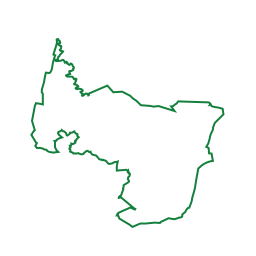 Minatitlán, Colima, Mexico (Equal Earth projection), rotated 81°
{"feature_id": "50627088B87770668885129", "entity_name": "Minatitlán", "entity_type": "district", "adm_level": 2, "iso_a3": "MEX", "parent_name": "Mexico", "parent_adm1": "Colima", "projection": "equal_earth", "projection_center": [-104.083, 19.372], "detail": "fine", "context": "isolated", "style": "outline", "palette": "green", "viewbox_px": 256, "rotation_deg": 81, "n_neighbors": 0, "source": "geoboundaries", "source_scale": "gbopen_adm2", "svg_char_len": 5763}
<svg xmlns="http://www.w3.org/2000/svg" viewBox="0 0 256 256"><g transform="rotate(81 128 128)"><path d="M216.3,79.9L210.1,76.5L207.6,75.7L198.4,71.5L188.9,68.4L179.0,64.9L176.5,61.0L175.3,58.4L174.4,55.6L173.8,52.0L173.8,49.3L166.3,49.5L165.7,51.9L160.3,51.5L158.9,53.6L155.7,51.0L154.0,50.3L151.8,49.2L148.1,47.8L145.9,46.5L143.9,45.0L143.0,44.6L142.1,44.1L141.0,44.0L136.6,41.5L129.4,31.6L123.8,31.5L123.1,33.2L122.8,33.6L122.5,34.4L122.1,35.2L121.5,36.9L121.0,38.7L119.6,41.8L119.0,42.3L117.9,42.5L117.8,42.8L117.9,43.5L117.1,42.8L116.5,43.1L115.5,44.1L115.2,44.9L109.6,74.2L110.2,75.0L111.1,75.7L111.8,77.0L112.2,78.0L113.1,79.4L113.4,80.3L113.5,81.0L113.4,82.0L118.5,79.4L111.1,94.4L110.9,99.4L109.7,102.5L107.5,111.7L102.6,115.3L99.6,118.5L96.5,120.8L91.2,128.1L90.4,136.9L82.9,141.8L87.8,161.0L88.0,161.2L89.0,161.4L89.5,161.7L89.6,161.9L89.6,162.1L88.6,162.1L88.4,162.3L88.3,162.7L88.0,162.7L87.8,162.8L87.7,163.1L87.4,164.4L87.9,165.2L88.0,165.7L88.4,166.1L88.9,166.9L89.1,167.5L89.0,168.2L88.8,168.4L88.2,168.0L87.9,168.0L87.7,167.8L87.6,167.4L87.4,167.3L87.2,167.3L86.8,168.0L86.3,168.4L85.3,169.3L85.0,169.3L84.9,169.3L84.8,169.1L84.8,168.5L84.7,168.0L84.5,167.4L84.3,167.0L83.8,166.9L83.6,167.0L83.3,167.1L83.2,167.4L82.8,167.5L82.5,167.9L82.3,168.4L82.1,168.5L81.8,169.4L81.7,169.7L81.7,170.0L81.4,170.5L81.6,172.0L81.5,172.9L81.4,173.0L80.6,173.5L80.4,173.4L80.1,173.0L80.0,172.7L79.7,172.3L79.6,171.6L79.2,170.7L78.4,171.0L77.6,171.7L77.2,172.3L76.7,173.5L76.7,173.8L76.6,174.1L76.4,174.3L76.0,174.3L75.8,173.8L75.6,173.7L75.0,173.0L74.5,172.9L73.4,172.1L72.5,172.4L72.2,172.3L72.1,172.0L72.2,171.5L71.7,171.3L71.1,171.9L71.0,172.5L71.0,173.1L71.1,173.8L70.7,173.9L69.5,174.5L68.8,174.7L68.4,176.0L67.9,178.9L67.7,179.9L67.1,180.6L66.8,180.9L66.4,180.9L66.2,180.7L66.0,180.0L66.0,179.5L65.7,178.7L65.7,177.2L65.6,176.7L64.6,176.9L64.2,177.2L63.2,177.2L62.7,177.1L62.6,176.9L62.8,175.9L62.8,175.0L62.7,174.9L62.7,174.6L62.5,174.3L62.3,173.8L62.3,173.5L62.3,173.3L62.1,173.0L61.4,172.8L60.8,172.9L60.4,172.2L60.0,172.0L59.1,172.2L58.6,172.7L58.4,172.8L57.4,173.0L56.4,173.3L55.8,173.8L55.6,174.0L55.4,174.5L55.9,174.8L56.2,175.2L56.5,176.1L56.0,176.3L55.8,176.5L55.2,177.6L55.0,177.8L54.8,177.5L54.3,177.6L54.1,177.8L53.1,178.2L53.0,178.3L53.0,178.5L53.3,178.8L53.6,179.5L53.6,180.2L53.3,180.3L52.6,180.2L51.0,181.0L50.6,181.4L50.5,181.9L50.8,182.9L51.0,183.5L51.0,184.6L50.9,186.7L50.7,188.4L50.6,188.6L50.4,188.9L49.4,188.9L49.3,188.6L49.4,188.0L49.3,187.6L49.3,186.5L49.1,186.5L48.6,186.5L46.7,185.6L46.6,184.9L46.0,184.3L45.1,183.9L43.7,181.9L43.2,181.5L42.4,180.2L42.2,180.1L41.9,180.6L41.6,181.5L41.1,182.7L40.9,182.9L40.5,183.1L40.4,183.1L40.1,183.1L39.7,182.3L38.8,181.7L36.8,181.1L36.6,181.2L36.5,181.7L36.2,182.2L35.9,182.4L35.6,183.1L34.9,183.6L34.4,183.7L33.6,183.4L33.6,183.2L33.7,182.3L33.7,181.9L33.1,181.6L32.9,181.6L32.6,181.8L31.6,181.7L31.2,182.3L29.2,183.2L29.3,184.5L29.7,184.7L30.5,184.6L30.1,184.3L33.9,185.3L43.8,190.2L44.8,188.5L45.2,188.8L51.4,191.8L58.2,194.1L60.2,195.4L61.2,196.5L61.4,197.0L60.5,200.4L64.0,201.9L69.9,203.9L75.1,206.4L76.4,207.0L79.0,207.6L81.2,206.7L82.0,207.0L91.4,208.4L90.4,210.9L89.1,215.0L91.8,216.6L93.2,217.1L102.4,220.4L105.9,221.7L115.7,220.4L116.1,221.3L117.5,222.7L118.2,223.3L119.1,223.9L119.7,224.5L128.7,220.8L128.8,220.5L131.2,222.3L133.5,221.1L133.7,219.9L133.8,218.2L135.1,215.2L135.5,214.8L136.3,213.7L136.3,213.4L136.8,211.9L138.2,211.2L139.5,209.1L140.1,207.0L140.6,205.8L140.7,200.6L139.0,202.0L135.6,203.1L130.2,202.3L129.3,202.6L129.3,200.7L128.5,200.3L127.5,197.9L127.0,194.6L123.9,197.3L123.4,197.3L123.0,197.7L122.5,197.9L121.4,197.7L121.2,197.5L120.1,193.9L119.7,193.7L121.1,192.6L121.3,191.7L123.4,189.9L125.0,189.9L125.9,189.3L126.0,189.1L125.7,188.7L125.0,187.0L124.6,186.5L123.5,185.9L123.6,185.5L123.8,185.0L123.8,183.8L123.6,183.1L123.1,182.2L123.0,181.5L123.5,181.5L125.2,180.5L125.7,179.4L126.0,179.0L126.4,178.9L126.8,178.9L127.2,179.2L127.8,179.4L128.0,179.3L129.4,178.1L131.3,181.0L132.2,181.2L132.2,181.7L132.4,182.3L132.6,182.4L133.3,182.2L133.5,182.2L133.8,182.5L134.3,182.4L134.8,183.2L134.8,183.6L135.2,184.6L135.2,185.0L134.7,185.9L134.5,186.4L135.3,186.4L136.3,186.9L136.3,188.2L137.1,188.2L137.4,187.9L138.3,187.8L138.8,188.6L139.0,189.1L139.8,189.0L140.4,188.4L141.1,188.3L141.8,188.4L142.1,188.9L142.3,188.9L143.8,186.3L144.5,186.1L144.7,185.8L144.7,184.4L145.1,183.9L145.1,180.9L145.5,180.6L146.0,179.5L146.4,179.1L146.6,177.9L146.8,177.2L146.7,176.2L146.0,175.7L145.9,175.2L144.6,173.5L144.4,172.5L144.1,172.0L144.9,170.6L145.1,170.6L145.4,170.4L145.7,170.0L145.8,169.6L145.6,168.7L146.7,168.6L148.6,167.5L150.3,163.6L152.0,162.7L152.8,162.0L154.2,161.5L154.5,161.1L155.5,157.8L155.8,158.0L156.0,156.9L157.0,154.9L159.6,153.4L160.6,152.2L160.5,149.3L159.8,147.5L159.6,146.7L159.8,144.6L159.5,143.4L164.2,145.1L168.3,145.7L169.0,136.4L170.1,135.5L169.8,135.0L169.6,134.5L170.4,134.5L171.2,134.3L172.0,134.9L172.2,134.6L172.2,134.2L172.5,134.0L173.0,134.1L173.1,133.5L173.3,133.4L173.6,133.5L174.3,133.4L176.1,134.3L176.3,134.7L176.3,134.9L176.7,135.5L178.4,136.1L180.5,135.3L181.1,135.4L181.8,136.5L183.8,141.2L185.5,141.6L186.8,142.4L187.5,142.1L193.5,145.4L194.0,146.7L194.9,147.9L195.6,148.0L195.4,145.8L207.8,135.0L208.9,133.8L209.1,133.5L209.6,134.0L206.9,138.1L210.3,150.8L210.9,151.0L211.2,151.9L212.0,152.2L212.6,152.7L212.8,151.4L213.2,151.3L213.9,151.4L214.4,151.0L216.1,150.7L223.8,141.5L226.4,139.1L224.3,130.9L225.1,125.7L225.6,117.2L225.6,116.6L226.8,111.3L225.9,110.3L223.5,102.0L225.3,96.7L225.3,95.6L225.1,94.9L225.1,94.6L224.9,93.8L224.9,93.1L224.5,91.9L224.6,90.5L224.4,89.2L224.3,88.7L223.9,88.4L223.0,88.1L221.9,87.9L219.9,84.6L217.4,82.7L216.9,81.9L216.3,81.2L216.3,79.9Z" fill="none" stroke="#15803d" stroke-width="2"/></g></svg>